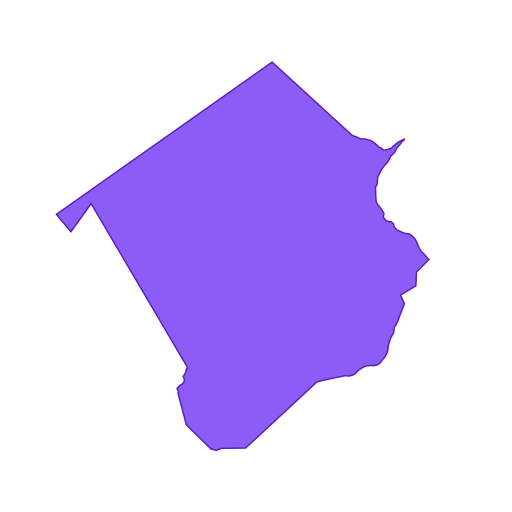 the district of Santiago Yaitepec, Oaxaca, Mexico, rotated 252°
{"feature_id": "50627088B1760637250233", "entity_name": "Santiago Yaitepec", "entity_type": "district", "adm_level": 2, "iso_a3": "MEX", "parent_name": "Mexico", "parent_adm1": "Oaxaca", "projection": "orthographic", "projection_center": [-97.247, 16.21], "detail": "fine", "context": "isolated", "style": "filled", "palette": "violet", "viewbox_px": 512, "rotation_deg": 252, "n_neighbors": 0, "source": "geoboundaries", "source_scale": "gbopen_adm2", "svg_char_len": 1744}
<svg xmlns="http://www.w3.org/2000/svg" viewBox="0 0 512 512"><g transform="rotate(252 256 256)"><path d="M357.3,79.0L356.3,79.4L336.3,87.5L356.8,115.4L171.7,156.3L170.2,155.8L170.2,155.3L170.1,154.9L169.6,154.6L168.1,153.8L166.8,152.9L165.6,151.7L164.6,150.3L164.3,149.8L164.0,149.6L162.4,149.6L161.0,149.7L159.8,149.4L158.2,148.3L157.2,146.6L156.9,146.0L156.3,143.4L155.8,142.7L155.1,140.8L154.4,140.0L153.4,140.0L150.8,140.2L150.7,140.2L149.4,139.4L149.1,139.4L116.9,137.6L86.6,153.4L86.3,153.6L83.9,157.5L83.4,158.3L83.8,163.4L76.6,186.8L87.4,210.2L117.5,275.2L116.8,284.1L114.7,303.5L113.0,307.7L112.9,311.3L113.5,314.1L115.4,317.4L116.8,322.1L117.4,325.6L117.3,327.6L116.2,331.9L115.3,334.2L115.0,337.6L115.6,340.4L117.8,343.5L120.2,347.5L124.1,351.4L130.9,354.7L136.1,358.5L140.4,363.2L145.7,365.6L146.8,367.4L151.1,371.5L154.5,374.0L161.9,380.1L164.7,382.4L174.2,381.4L178.2,398.8L191.2,403.7L198.1,417.1L199.2,419.3L200.9,418.4L205.6,416.6L209.0,414.7L212.3,413.8L215.8,413.3L219.0,413.3L222.8,412.6L227.4,410.4L229.7,408.5L231.5,404.7L232.9,402.8L234.9,400.7L236.9,398.3L239.1,397.2L240.9,396.5L244.1,396.7L247.1,394.9L247.8,392.6L249.4,390.6L253.5,389.0L257.1,390.9L262.6,389.5L267.4,387.6L269.1,387.3L270.7,387.1L276.0,388.4L284.5,390.9L286.7,393.3L291.8,395.5L293.5,396.2L297.7,400.3L299.5,402.2L302.9,406.9L304.7,410.4L309.4,415.1L311.2,419.2L315.3,423.5L317.8,427.6L319.3,429.7L320.9,432.9L321.4,433.0L320.5,427.4L319.9,425.1L318.6,422.1L318.1,420.4L316.6,417.8L316.7,411.5L318.0,409.5L319.9,408.6L321.0,407.0L324.8,404.9L326.3,404.0L329.9,401.3L333.8,395.6L334.5,393.5L335.1,391.4L336.0,390.7L337.2,389.5L338.0,388.4L341.1,384.7L366.1,370.5L435.4,331.2L357.3,79.0Z" fill="#8b5cf6" stroke="#5b21b6" stroke-width="1.5"/></g></svg>